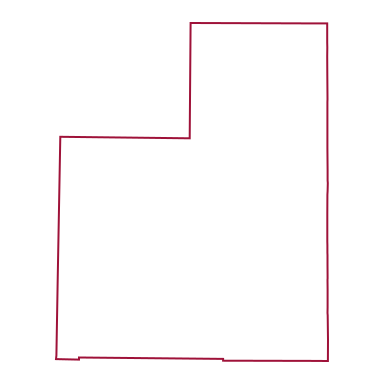 the district of Lincoln, Nevada, United States of America
{"feature_id": "52423323B70783042425825", "entity_name": "Lincoln", "entity_type": "district", "adm_level": 2, "iso_a3": "USA", "parent_name": "United States of America", "parent_adm1": "Nevada", "projection": "orthographic", "projection_center": [-114.284, 37.76], "detail": "fine", "context": "isolated", "style": "outline", "palette": "rose", "viewbox_px": 384, "rotation_deg": 0, "n_neighbors": 0, "source": "geoboundaries", "source_scale": "gbopen_adm2", "svg_char_len": 771}
<svg xmlns="http://www.w3.org/2000/svg" viewBox="0 0 384 384"><path d="M327.9,332.0L327.7,315.8L327.7,315.4L327.5,313.0L327.6,307.4L327.6,305.0L327.6,300.4L327.6,289.1L327.5,279.9L327.5,279.7L327.6,278.2L327.5,263.9L327.5,255.1L327.4,252.7L327.4,245.2L327.3,241.5L327.3,239.6L327.3,236.9L327.3,223.0L327.3,220.8L327.3,215.0L327.4,194.8L327.4,194.6L327.5,192.9L327.6,191.2L327.8,183.0L327.6,180.5L327.6,175.2L327.6,169.9L327.4,148.1L327.4,120.7L327.4,102.0L327.5,99.3L327.3,73.6L327.2,56.0L327.3,48.0L327.3,47.2L327.2,42.6L327.2,23.4L311.6,23.4L310.7,23.4L190.6,23.0L189.7,138.3L60.3,136.8L57.7,279.5L56.4,355.5L56.0,359.1L79.0,359.6L79.0,357.5L223.1,358.9L223.1,360.7L311.0,360.9L327.9,361.0L328.0,339.9L327.9,332.0Z" fill="none" stroke="#9f1239" stroke-width="2"/></svg>